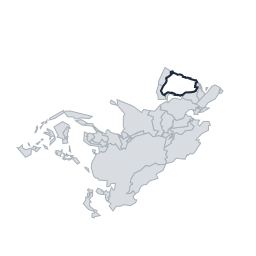 Saudi Arabia highlighted on a map of Asia, rotated 137°
{"feature_id": "SAU", "entity_name": "Saudi Arabia", "entity_type": "country or territory", "adm_level": 0, "iso_a3": "SAU", "parent_name": "Asia", "parent_adm1": "", "projection": "natural_earth1", "projection_center": [44.88, 24.248], "detail": "fine", "context": "in_parent", "style": "outline", "palette": "slate", "viewbox_px": 256, "rotation_deg": 137, "n_neighbors": 45, "source": "natural_earth", "source_scale": "50m", "svg_char_len": 16188}
<svg xmlns="http://www.w3.org/2000/svg" viewBox="0 0 256 256"><g transform="rotate(137 128 128)"><path d="M124.6,76.1L122.6,77.5L122.2,80.3L119.1,79.7L118.6,83.1L115.0,84.3L116.8,87.6L116.1,89.2L106.7,87.4L105.7,88.9L102.2,88.5L98.6,92.4L95.6,91.5L94.4,87.9L92.4,86.5L88.1,87.0L82.5,83.0L78.7,84.1L79.1,91.2L76.1,89.2L73.7,90.3L73.6,88.3L70.2,84.8L74.3,83.6L74.2,80.6L68.3,81.4L64.4,77.6L65.9,73.8L67.5,74.9L70.6,71.5L77.9,73.5L86.1,73.1L86.4,72.2L83.9,71.0L86.3,69.1L85.1,67.8L85.7,67.2L96.3,64.7L98.9,65.1L99.6,66.9L103.0,67.1L103.0,68.1L107.7,66.3L113.3,73.0L118.2,72.6L124.6,76.1Z" fill="#d9dde1" stroke="#a8b0b8" stroke-width="1"/><path d="M79.1,91.2L78.7,84.1L82.5,83.0L88.1,87.0L92.4,86.5L94.4,87.9L95.6,91.5L98.0,92.4L101.9,89.3L101.2,90.8L105.4,92.0L103.5,93.4L101.7,93.3L101.7,91.9L99.7,92.3L98.6,94.6L97.3,94.5L98.6,97.3L97.9,99.3L83.0,88.4L80.8,91.2L79.1,91.2Z" fill="#d9dde1" stroke="#a8b0b8" stroke-width="1"/><path d="M222.9,176.5L222.4,189.2L221.1,187.6L216.8,187.8L218.7,185.7L217.6,181.9L210.6,178.3L209.5,179.5L207.9,177.0L210.7,175.8L208.3,175.8L205.4,173.3L211.2,173.0L211.9,176.9L213.6,178.0L217.0,174.8L222.9,176.5ZM195.7,188.7L194.6,191.1L193.0,191.3L194.0,189.5L195.7,188.7ZM211.3,184.9L211.2,183.4L211.9,182.0L212.2,183.5L211.3,184.9ZM184.2,163.5L183.3,165.2L186.1,169.7L184.2,170.0L181.3,179.3L171.4,177.2L169.3,170.7L170.5,167.6L171.9,170.0L177.4,169.1L178.8,168.7L180.8,163.1L184.2,163.5ZM201.0,178.1L205.3,177.5L205.9,179.0L201.0,178.1ZM199.3,178.8L198.1,178.5L197.8,177.6L199.5,177.6L199.3,178.8ZM201.1,167.3L202.4,169.3L201.4,173.2L200.2,169.5L201.1,167.3ZM189.3,169.0L196.6,168.7L194.0,171.0L188.1,171.0L187.9,172.5L189.4,174.2L193.4,172.7L190.3,175.2L193.0,181.8L191.4,181.7L192.3,180.1L190.2,180.4L189.4,176.6L188.3,177.2L188.4,182.2L187.3,182.5L185.7,176.9L187.5,171.2L189.3,169.0ZM188.5,190.8L185.6,190.0L187.2,189.6L188.5,190.8ZM187.3,188.6L190.8,187.9L192.3,187.2L192.0,188.3L187.3,188.6ZM183.9,187.2L185.9,188.4L181.9,189.0L183.9,187.2ZM164.3,182.9L175.2,185.0L180.3,187.7L178.3,188.5L163.1,184.8L164.3,182.9ZM160.1,172.9L164.5,177.4L163.9,182.8L162.1,182.9L158.6,179.7L146.3,160.9L150.0,161.3L155.4,167.4L158.5,168.8L160.8,171.3L160.1,172.9Z" fill="#d9dde1" stroke="#a8b0b8" stroke-width="1"/><path d="M195.8,189.7L197.3,187.8L199.7,187.8L195.8,189.7Z" fill="#d9dde1" stroke="#a8b0b8" stroke-width="1"/><path d="M47.7,106.8L46.2,109.5L46.0,114.2L45.1,110.8L46.5,107.2L47.7,106.8Z" fill="#d9dde1" stroke="#a8b0b8" stroke-width="1"/><path d="M48.9,105.0L46.5,107.1L48.7,104.2L48.9,105.0Z" fill="#d9dde1" stroke="#a8b0b8" stroke-width="1"/><path d="M47.2,108.5L46.1,110.5L46.6,108.2L47.2,108.5Z" fill="#d9dde1" stroke="#a8b0b8" stroke-width="1"/><path d="M47.2,108.5L52.4,106.6L53.0,109.0L49.5,110.2L51.0,112.2L47.9,114.7L46.0,114.2L47.2,108.5Z" fill="#d9dde1" stroke="#a8b0b8" stroke-width="1"/><path d="M72.9,124.4L76.9,124.6L80.5,121.5L78.6,127.8L73.7,126.8L72.9,124.4Z" fill="#d9dde1" stroke="#a8b0b8" stroke-width="1"/><path d="M71.7,123.4L71.5,122.0L72.4,120.8L72.9,122.5L71.7,123.4Z" fill="#d9dde1" stroke="#a8b0b8" stroke-width="1"/><path d="M65.9,113.1L67.7,116.0L64.7,114.9L65.9,113.1Z" fill="#d9dde1" stroke="#a8b0b8" stroke-width="1"/><path d="M53.0,109.0L52.4,106.6L55.9,104.6L56.4,100.8L58.7,98.8L61.9,99.2L63.9,102.1L62.9,105.4L65.9,108.4L67.9,113.3L61.7,114.8L53.0,109.0Z" fill="#d9dde1" stroke="#a8b0b8" stroke-width="1"/><path d="M78.9,127.4L80.7,123.1L86.4,128.2L83.3,132.2L83.1,134.7L75.6,139.2L73.7,134.6L78.7,132.7L79.7,128.8L78.9,127.4ZM80.8,120.4L80.2,120.9L80.6,120.2L80.8,120.4Z" fill="#d9dde1" stroke="#a8b0b8" stroke-width="1"/><path d="M158.0,147.9L158.4,143.9L163.5,144.6L164.2,143.2L166.2,145.2L166.1,147.6L163.4,149.1L164.2,150.2L159.7,150.9L158.0,147.9Z" fill="#d9dde1" stroke="#a8b0b8" stroke-width="1"/><path d="M162.1,143.8L158.4,143.9L158.0,147.9L153.7,145.5L152.7,153.6L157.7,159.4L156.1,160.5L150.9,155.3L153.0,148.4L150.4,142.2L151.4,140.1L148.5,135.7L149.8,133.2L152.7,131.9L154.8,133.7L154.8,137.5L158.2,136.0L160.8,137.7L162.5,141.3L162.1,143.8Z" fill="#d9dde1" stroke="#a8b0b8" stroke-width="1"/><path d="M165.7,144.0L162.1,143.8L162.5,141.3L159.4,136.1L154.8,137.5L154.8,133.7L152.7,131.9L155.4,130.4L154.9,128.2L157.7,131.2L159.8,131.2L160.6,132.9L159.1,134.1L165.3,140.6L165.7,144.0Z" fill="#d9dde1" stroke="#a8b0b8" stroke-width="1"/><path d="M152.7,131.9L149.8,133.2L148.5,135.7L151.4,140.1L150.4,142.2L153.0,148.4L151.5,152.2L151.1,146.1L148.4,138.7L145.6,141.0L143.6,140.4L143.5,136.2L139.7,129.8L143.4,119.9L146.5,118.9L146.5,116.6L148.9,118.0L148.0,125.1L149.6,124.8L151.3,126.9L151.0,128.6L154.2,129.1L152.7,131.9Z" fill="#d9dde1" stroke="#a8b0b8" stroke-width="1"/><path d="M161.1,151.2L164.2,150.2L163.4,149.1L166.1,147.6L165.9,142.0L159.1,134.1L160.6,132.9L159.8,131.2L157.7,131.2L155.7,127.9L160.7,126.1L165.5,129.7L162.1,134.5L168.0,141.9L169.1,148.9L162.6,154.8L161.1,151.2Z" fill="#d9dde1" stroke="#a8b0b8" stroke-width="1"/><path d="M193.1,89.1L192.6,92.0L189.8,94.2L191.7,96.9L186.4,97.4L186.7,94.9L184.7,93.9L185.6,92.6L187.7,90.2L189.9,90.9L189.4,89.9L191.7,88.0L193.1,89.1Z" fill="#d9dde1" stroke="#a8b0b8" stroke-width="1"/><path d="M188.8,98.1L191.7,96.4L194.4,100.0L194.7,103.3L191.0,104.6L189.2,100.1L190.3,99.7L188.8,98.1Z" fill="#d9dde1" stroke="#a8b0b8" stroke-width="1"/><path d="M125.2,75.9L131.2,73.1L139.0,75.1L140.3,70.8L148.3,74.5L152.9,74.1L155.7,76.0L159.0,76.3L163.8,74.2L167.5,74.8L167.4,78.9L170.6,78.3L173.8,80.2L165.6,84.5L163.0,83.9L162.6,85.1L163.7,86.5L161.9,88.2L154.2,90.6L147.4,88.6L140.5,88.5L138.4,85.5L131.4,83.5L130.9,80.5L125.2,75.9Z" fill="#d9dde1" stroke="#a8b0b8" stroke-width="1"/><path d="M146.5,116.6L146.5,118.9L143.4,119.9L140.2,128.7L139.1,125.6L138.5,126.9L137.5,125.9L139.2,123.0L135.2,122.4L132.8,120.1L132.3,121.4L133.6,122.5L132.3,123.9L133.4,124.4L134.1,129.4L131.0,129.8L130.4,132.4L123.7,139.4L120.7,140.7L120.3,151.4L116.6,156.1L109.4,140.5L107.5,130.0L104.0,131.0L100.0,125.5L104.6,124.2L101.9,119.1L103.5,117.1L105.4,117.2L110.4,108.7L107.6,104.8L112.5,104.1L113.9,102.5L115.8,104.7L116.0,110.2L120.1,112.8L118.7,115.5L124.1,118.3L132.0,120.2L132.7,116.9L133.1,118.8L134.6,119.6L138.3,119.3L137.6,117.5L144.3,114.2L144.8,116.3L146.5,116.6Z" fill="#d9dde1" stroke="#a8b0b8" stroke-width="1"/><path d="M139.1,125.6L140.0,131.4L138.1,127.3L136.6,127.2L136.3,129.1L134.3,128.7L132.3,123.9L133.6,122.5L132.3,121.4L132.8,120.1L135.2,122.4L139.2,123.0L137.5,125.9L138.5,126.9L139.1,125.6Z" fill="#d9dde1" stroke="#a8b0b8" stroke-width="1"/><path d="M137.6,117.5L138.3,119.3L133.1,118.8L134.7,116.5L137.6,117.5Z" fill="#d9dde1" stroke="#a8b0b8" stroke-width="1"/><path d="M131.8,117.3L132.0,120.2L130.6,120.2L118.7,115.5L120.7,112.4L128.0,116.7L131.8,117.3Z" fill="#d9dde1" stroke="#a8b0b8" stroke-width="1"/><path d="M113.9,102.5L112.5,104.1L107.6,104.8L110.4,108.7L105.4,117.2L103.5,117.1L101.9,119.1L104.6,124.2L100.0,125.5L96.9,122.1L89.0,122.8L89.6,120.5L91.9,119.5L87.7,113.5L90.4,114.5L96.4,113.4L97.2,110.6L101.0,109.5L104.3,100.5L109.4,99.3L111.2,101.7L113.9,102.5Z" fill="#d9dde1" stroke="#a8b0b8" stroke-width="1"/><path d="M93.1,99.3L100.0,99.2L102.3,96.6L104.2,100.0L106.3,98.6L109.4,99.3L103.4,101.3L104.1,103.1L103.2,105.4L101.7,105.3L102.4,106.6L101.0,109.5L97.2,110.6L96.4,113.4L90.4,114.5L87.7,113.5L89.1,111.7L86.9,107.4L87.7,102.2L90.5,102.6L93.1,99.3Z" fill="#d9dde1" stroke="#a8b0b8" stroke-width="1"/><path d="M97.9,99.3L98.6,97.3L97.3,94.5L101.7,91.9L102.4,93.2L100.1,94.6L106.6,94.8L109.0,98.7L104.2,100.0L102.3,96.6L100.0,99.2L97.9,99.3Z" fill="#d9dde1" stroke="#a8b0b8" stroke-width="1"/><path d="M101.9,89.3L105.7,88.9L106.7,87.4L116.1,89.2L106.6,94.8L100.1,94.6L100.1,93.5L105.4,92.0L101.2,90.8L101.9,89.3Z" fill="#d9dde1" stroke="#a8b0b8" stroke-width="1"/><path d="M73.7,90.3L76.1,89.2L78.3,91.3L80.8,91.2L83.0,88.4L95.8,97.6L95.8,98.8L94.6,98.3L89.3,102.9L87.7,102.2L87.5,100.5L81.4,97.5L76.2,99.1L76.0,95.7L74.1,93.7L74.4,92.0L77.2,91.9L75.6,89.6L74.2,91.5L73.7,90.3Z" fill="#d9dde1" stroke="#a8b0b8" stroke-width="1"/><path d="M67.9,113.3L65.9,108.4L62.9,105.4L63.9,102.1L61.0,97.6L60.8,94.8L64.0,96.2L66.9,94.5L68.8,98.4L71.4,99.8L76.0,99.6L80.3,97.4L87.5,100.5L86.9,107.4L89.1,111.7L87.7,113.5L91.9,119.5L89.6,120.5L89.0,122.8L82.3,121.5L81.6,119.1L76.0,119.4L72.7,117.3L70.4,112.9L67.9,113.3Z" fill="#d9dde1" stroke="#a8b0b8" stroke-width="1"/><path d="M47.5,107.9L48.9,105.0L47.9,102.6L49.3,99.9L58.1,99.1L56.4,100.8L55.9,104.6L49.2,108.7L47.5,107.9Z" fill="#d9dde1" stroke="#a8b0b8" stroke-width="1"/><path d="M64.5,96.1L60.1,93.2L60.0,91.6L63.1,92.1L64.5,96.1Z" fill="#d9dde1" stroke="#a8b0b8" stroke-width="1"/><path d="M61.9,99.2L49.3,99.9L48.3,101.8L48.4,100.2L46.1,99.9L38.2,101.2L35.0,100.2L33.1,94.8L38.0,91.4L44.6,89.8L52.0,91.9L58.6,90.7L61.9,94.3L60.8,94.8L61.9,99.2ZM33.3,90.2L36.2,89.8L37.6,91.2L33.4,93.4L33.3,90.2Z" fill="#d9dde1" stroke="#a8b0b8" stroke-width="1"/><path d="M123.7,156.9L123.5,158.9L121.3,159.9L120.1,155.6L120.8,152.5L123.7,156.9Z" fill="#d9dde1" stroke="#a8b0b8" stroke-width="1"/><path d="M168.5,136.2L166.9,133.9L170.3,132.5L169.9,135.3L168.5,136.2ZM106.6,94.8L116.8,87.6L115.0,84.3L118.6,83.1L119.1,79.7L122.2,80.3L122.6,77.5L125.2,75.9L130.9,80.5L131.4,83.5L138.4,85.5L140.5,88.5L147.4,88.6L154.2,90.6L160.3,88.9L163.7,86.5L162.6,85.1L163.0,83.9L165.6,84.5L170.5,80.9L173.8,80.9L170.6,78.3L166.8,78.1L167.5,74.8L171.1,74.4L172.0,71.0L170.7,69.5L173.2,68.2L179.0,69.4L183.7,75.1L186.5,75.7L190.0,78.8L195.5,77.5L195.0,83.8L192.0,84.2L193.1,89.1L191.7,88.0L189.4,89.9L189.9,90.9L187.7,90.2L184.7,93.9L180.3,95.9L181.2,92.9L180.1,91.9L174.9,96.2L179.0,99.2L180.4,97.8L183.0,98.7L183.5,99.7L179.1,103.6L184.9,109.9L184.2,111.9L185.9,113.5L185.8,116.6L182.1,123.8L178.1,127.3L170.0,130.0L169.7,132.0L168.8,132.1L168.5,130.0L163.8,129.1L163.1,127.2L160.7,126.1L154.9,128.2L155.4,130.4L151.0,128.6L151.3,126.9L149.6,124.8L148.0,125.1L148.9,118.0L147.5,116.4L144.8,116.3L144.3,114.2L138.8,117.3L134.7,116.5L133.0,118.4L132.7,116.9L128.0,116.7L116.0,110.2L115.8,104.7L111.2,101.7L106.6,94.8Z" fill="#d9dde1" stroke="#a8b0b8" stroke-width="1"/><path d="M186.5,122.4L186.7,127.2L186.2,128.8L184.7,125.7L186.5,122.4Z" fill="#d9dde1" stroke="#a8b0b8" stroke-width="1"/><path d="M64.4,90.1L66.5,91.5L67.7,90.2L70.5,93.2L69.3,93.4L68.3,97.0L66.9,94.5L64.5,96.1L63.2,93.9L62.2,91.3L64.5,91.7L64.4,90.1ZM64.0,96.2L62.9,95.9L61.9,94.3L63.4,94.7L64.0,96.2Z" fill="#d9dde1" stroke="#a8b0b8" stroke-width="1"/><path d="M54.5,87.1L62.9,88.9L64.7,91.4L56.9,90.7L56.8,88.6L54.5,87.1Z" fill="#d9dde1" stroke="#a8b0b8" stroke-width="1"/><path d="M189.1,147.8L187.3,145.4L189.4,146.2L189.1,147.8ZM192.4,154.0L192.0,150.4L192.8,151.6L193.9,149.7L192.4,154.0ZM196.3,152.6L198.5,157.6L198.0,159.3L197.3,157.4L196.5,158.3L196.7,160.7L194.7,159.6L193.5,156.3L190.7,157.6L193.2,154.6L196.5,154.1L196.3,152.6ZM186.7,151.0L182.7,155.3L186.3,149.5L186.7,151.0ZM189.7,136.1L189.5,143.7L193.3,144.8L193.7,147.2L191.6,145.2L187.8,144.6L188.2,143.3L186.3,141.6L187.0,135.6L189.7,136.1ZM190.5,151.3L190.1,148.4L192.2,149.0L190.5,151.3ZM196.1,147.9L196.7,150.1L195.4,149.6L195.2,151.8L194.0,147.1L196.1,147.9Z" fill="#d9dde1" stroke="#a8b0b8" stroke-width="1"/><path d="M154.3,159.0L159.2,160.8L161.4,169.0L156.6,166.1L154.3,159.0ZM184.2,163.5L180.8,163.1L178.8,168.7L171.9,170.0L170.8,168.9L170.5,167.6L173.0,167.9L173.3,166.3L176.0,165.5L178.0,162.7L179.9,163.1L182.1,158.1L186.3,161.0L184.2,163.5Z" fill="#d9dde1" stroke="#a8b0b8" stroke-width="1"/><path d="M180.0,160.9L179.9,163.1L178.8,163.7L178.0,162.7L180.0,160.9Z" fill="#d9dde1" stroke="#a8b0b8" stroke-width="1"/><path d="M212.4,95.3L212.3,103.2L207.8,104.2L206.1,106.4L204.4,104.2L198.3,105.6L200.3,107.0L200.0,110.3L198.2,110.4L198.2,108.7L196.1,106.7L200.1,102.6L204.9,102.4L205.5,98.9L206.8,99.9L209.2,97.2L208.7,91.4L210.2,91.1L212.4,95.3ZM213.3,86.1L214.0,85.3L215.2,87.4L212.5,89.9L209.6,88.5L209.6,90.7L207.9,90.7L207.0,88.8L208.8,87.2L208.1,83.0L213.3,86.1ZM200.7,106.4L202.7,104.7L204.3,105.8L202.1,107.9L200.7,106.4Z" fill="#d9dde1" stroke="#a8b0b8" stroke-width="1"/><path d="M73.7,134.6L75.6,139.2L74.1,141.2L59.7,147.0L58.3,142.0L59.5,137.4L65.5,138.6L69.0,135.4L73.7,134.6Z" fill="#d9dde1" stroke="#a8b0b8" stroke-width="1"/><path d="M45.8,102.1L43.2,104.3L42.1,103.2L45.8,102.1Z" fill="#d9dde1" stroke="#a8b0b8" stroke-width="1"/><path d="M73.7,134.6L73.3,134.7L72.9,134.8L72.5,134.8L72.0,134.9L71.6,135.0L71.0,135.1L70.5,135.1L70.0,135.2L69.5,135.3L69.1,135.4L68.9,135.4L68.6,135.6L68.1,135.9L67.7,136.1L67.5,136.3L67.2,136.6L67.1,136.8L66.9,137.1L66.7,137.4L66.5,137.6L66.4,137.9L66.3,138.3L66.1,138.4L65.9,138.5L65.5,138.6L65.3,138.4L65.2,138.1L64.7,138.0L64.4,138.1L64.0,138.0L63.5,138.0L63.1,137.9L62.9,137.9L62.6,137.7L62.1,137.7L61.8,137.7L61.5,137.7L61.2,137.7L60.8,137.7L60.7,137.8L60.4,137.9L60.2,137.8L60.0,137.7L59.9,137.6L59.7,137.5L59.4,137.6L59.2,137.8L59.3,138.0L59.2,138.1L59.1,138.3L59.1,138.6L59.2,138.8L59.2,139.0L59.0,139.3L58.9,139.5L58.6,139.7L58.5,139.4L58.5,139.2L58.4,139.0L58.3,138.9L58.2,138.8L58.2,138.6L58.0,138.4L57.9,138.3L57.8,138.0L57.8,137.7L57.4,137.2L56.9,136.8L56.7,136.6L56.5,136.1L56.3,135.7L56.0,135.2L55.9,134.9L55.9,134.6L55.5,133.7L55.4,133.5L55.3,133.4L55.3,133.2L55.2,133.2L54.8,132.7L54.1,132.2L53.8,132.1L53.6,131.9L53.4,131.7L53.2,131.2L52.8,130.8L52.5,130.1L52.6,129.9L52.6,129.7L52.5,129.4L52.4,129.2L52.4,128.7L52.5,128.4L52.5,128.2L52.5,127.6L52.4,127.4L52.3,127.2L52.2,127.1L52.3,127.1L52.1,126.9L52.1,126.7L51.9,126.2L51.7,125.7L51.6,125.4L51.3,125.1L51.0,124.8L50.8,124.6L50.7,124.5L50.4,124.3L50.2,124.3L49.9,124.0L49.8,123.7L49.5,123.3L49.6,123.2L49.6,122.8L49.6,122.6L49.5,122.4L49.1,121.7L48.9,121.5L48.8,121.2L48.7,120.9L48.1,119.8L47.8,119.5L47.7,119.3L47.4,118.9L47.3,118.5L47.0,118.2L46.8,117.6L46.4,117.0L46.2,116.9L45.8,116.9L45.6,116.8L45.5,117.0L45.5,116.8L45.6,116.6L45.8,116.1L45.8,115.7L46.1,114.4L46.4,114.5L46.7,114.6L47.1,114.6L47.5,114.7L47.8,114.8L47.9,114.7L48.2,114.4L48.5,114.2L48.7,113.8L48.9,113.5L49.0,113.4L49.3,113.4L49.7,113.3L50.1,113.2L50.3,112.9L50.4,112.6L50.5,112.5L50.8,112.3L51.0,112.2L50.7,111.9L50.5,111.6L50.2,111.2L50.0,110.9L49.6,110.5L49.4,110.3L49.8,110.1L50.2,110.0L50.7,109.9L51.2,109.7L51.7,109.6L52.3,109.4L52.6,109.3L52.9,109.0L53.2,109.1L53.8,109.2L54.3,109.3L54.8,109.4L55.0,109.5L55.5,109.8L55.9,110.0L56.3,110.3L56.8,110.6L57.1,110.8L57.5,111.1L57.9,111.4L58.3,111.8L58.8,112.2L59.2,112.5L59.7,113.0L60.2,113.5L60.8,113.9L61.2,114.3L61.7,114.7L61.8,114.8L62.3,114.8L63.0,114.9L63.7,114.9L64.4,115.0L64.7,114.9L65.0,115.0L65.4,115.0L65.7,115.1L66.1,115.1L66.3,115.4L66.3,115.7L66.4,115.9L66.5,116.0L66.8,116.0L67.1,116.0L67.5,116.0L67.8,116.0L67.9,116.4L68.1,116.8L68.3,117.2L68.4,117.3L68.4,117.5L68.5,117.8L68.8,118.0L69.1,118.1L69.1,118.4L69.3,118.7L69.6,118.7L69.8,119.1L70.3,119.4L70.6,119.7L70.4,119.7L70.3,119.8L70.4,120.0L70.5,120.1L70.7,120.4L70.6,120.8L70.4,120.7L70.4,120.8L70.5,121.1L70.5,121.3L70.6,121.5L70.8,121.8L71.1,122.1L71.2,122.3L71.2,122.8L71.4,123.0L71.5,123.2L71.7,123.3L71.7,123.6L71.9,123.7L71.9,123.8L72.0,123.8L72.3,123.7L72.5,123.8L72.6,124.0L72.6,124.3L72.8,124.3L72.9,124.6L73.0,124.7L73.0,124.8L73.2,125.1L73.3,125.2L73.4,125.3L73.5,125.5L73.7,125.8L73.8,126.0L74.0,126.2L74.1,126.3L74.2,126.5L74.3,126.6L74.5,126.9L74.6,127.0L74.9,127.0L75.1,127.0L75.3,127.1L75.6,127.1L75.9,127.2L76.3,127.2L76.6,127.3L77.0,127.3L77.4,127.4L77.7,127.4L78.0,127.5L78.4,127.5L78.6,127.5L78.8,127.6L78.9,127.4L79.0,127.6L79.1,127.8L79.2,128.1L79.4,128.3L79.5,128.6L79.6,128.8L79.6,129.0L79.5,129.4L79.4,129.6L79.4,129.8L79.3,130.1L79.2,130.3L79.2,130.5L79.1,130.9L79.0,131.1L79.0,131.3L78.9,131.6L78.9,131.8L78.8,132.0L78.7,132.2L78.7,132.4L78.6,132.7L78.4,132.8L78.2,132.9L77.9,133.0L77.6,133.1L77.3,133.2L77.0,133.3L76.8,133.4L76.5,133.5L76.2,133.6L75.9,133.8L75.6,133.9L75.3,134.0L75.1,134.1L74.8,134.2L74.5,134.3L74.2,134.4L73.9,134.5L73.7,134.6ZM57.2,139.1L57.4,139.1L57.4,138.9L57.5,139.1L57.5,139.3L57.4,139.3L57.4,139.2L57.2,139.2L56.9,138.9L57.0,138.8L57.0,138.7L57.2,138.9L57.2,139.0L57.2,139.1ZM49.1,122.2L48.9,122.1L48.8,121.9L48.5,121.8L48.4,121.7L48.5,121.6L48.8,121.8L49.1,122.1L49.1,122.2ZM48.6,121.5L48.5,121.4L48.6,121.5L48.6,121.5Z" fill="none" stroke="#1e293b" stroke-width="2"/></g></svg>